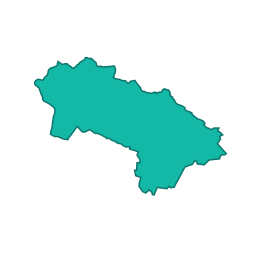 outline of Tarna Mare, Satu Mare, Romania, rotated 194°
{"feature_id": "2599482B73282248803185", "entity_name": "Tarna Mare", "entity_type": "district", "adm_level": 2, "iso_a3": "ROU", "parent_name": "Romania", "parent_adm1": "Satu Mare", "projection": "albers", "projection_center": [23.2, 48.086], "detail": "fine", "context": "isolated", "style": "filled", "palette": "teal", "viewbox_px": 256, "rotation_deg": 194, "n_neighbors": 0, "source": "geoboundaries", "source_scale": "gbopen_adm2", "svg_char_len": 5815}
<svg xmlns="http://www.w3.org/2000/svg" viewBox="0 0 256 256"><g transform="rotate(194 128 128)"><path d="M212.0,175.6L212.1,173.1L211.6,172.0L212.0,171.1L212.5,170.8L214.0,169.7L215.1,169.0L215.7,168.2L216.6,168.0L217.7,167.3L219.1,165.1L219.2,164.2L218.9,162.2L219.0,161.1L219.5,159.4L219.8,158.7L220.3,158.1L221.0,157.1L221.5,155.8L222.3,153.7L226.6,153.6L227.7,153.1L229.1,151.4L229.4,150.7L229.5,149.2L229.3,148.6L228.5,147.5L227.5,146.8L226.5,146.5L223.9,145.2L220.7,140.1L219.4,138.7L218.3,137.3L217.8,135.2L216.7,134.2L216.0,133.8L212.1,132.9L210.1,132.3L205.5,130.4L203.6,128.7L202.7,125.6L203.1,119.4L202.6,118.4L202.7,116.6L201.9,111.0L202.0,106.9L201.7,103.2L200.7,102.9L198.9,102.4L196.9,102.0L194.5,102.7L189.6,102.0L188.1,101.7L183.5,102.1L183.4,103.2L183.1,104.4L181.9,106.8L179.5,112.6L179.4,112.7L179.2,113.6L178.6,114.9L178.2,115.8L177.9,116.2L177.6,116.8L177.3,117.2L175.6,115.8L173.7,114.7L172.2,113.4L171.9,113.5L171.4,113.4L170.2,113.2L169.0,113.7L167.7,114.5L167.1,115.2L166.3,115.8L165.7,116.5L165.0,117.2L159.1,115.0L157.8,114.9L157.0,115.4L152.2,114.8L151.5,114.5L147.8,113.7L146.8,113.3L146.5,112.7L146.0,112.5L145.3,113.2L144.7,113.4L143.8,113.3L141.8,112.6L141.3,112.5L140.4,112.1L138.9,112.0L137.9,112.0L137.5,111.9L136.6,111.5L136.0,111.3L135.1,111.0L133.6,110.6L132.3,111.0L131.9,111.0L130.4,110.8L129.1,110.0L128.7,109.8L127.2,109.5L126.8,109.6L125.4,109.0L124.9,109.2L124.1,109.7L123.6,109.8L122.1,109.8L121.3,109.9L121.4,108.0L116.0,107.8L112.2,107.3L112.7,103.9L109.1,100.5L108.7,100.0L108.6,99.2L108.4,98.6L108.1,98.2L107.7,97.5L107.8,97.3L107.9,97.2L108.4,97.2L110.2,96.8L110.1,96.0L110.8,96.1L109.5,89.7L109.4,89.1L111.4,88.6L108.9,83.6L103.6,83.1L103.7,76.5L103.1,74.0L98.4,69.8L95.0,69.3L92.4,73.1L88.8,71.0L88.4,69.4L86.5,69.3L85.3,77.4L75.5,78.5L74.3,81.1L71.9,80.4L68.7,81.9L68.6,83.5L66.2,92.5L63.4,103.8L59.5,106.6L57.0,108.0L55.1,112.4L53.4,112.3L52.0,109.8L45.1,110.8L41.6,116.5L36.2,118.6L35.3,118.9L34.7,118.9L33.9,119.4L32.0,120.2L31.7,120.2L31.9,121.1L32.1,121.5L31.5,122.4L31.3,123.1L31.3,123.3L31.5,123.8L31.4,124.2L31.0,124.5L30.4,124.6L29.9,124.8L28.1,125.3L27.6,125.5L27.2,125.9L26.5,126.9L33.4,131.6L34.4,132.3L37.5,134.4L37.5,134.6L37.2,135.2L37.1,135.5L36.1,138.2L35.5,139.8L37.2,141.9L34.5,144.2L36.2,144.6L36.3,144.8L36.1,145.3L36.1,145.5L36.3,145.6L37.0,145.8L37.3,145.9L38.0,146.2L39.3,146.6L40.4,147.0L40.4,147.4L40.0,148.4L40.2,148.5L40.0,148.8L39.9,149.2L39.9,150.0L42.6,149.2L44.5,148.8L45.2,148.2L46.0,147.1L46.7,146.9L47.1,146.6L47.6,146.8L49.1,147.1L49.6,147.2L50.2,147.1L50.6,147.4L51.1,147.3L51.3,147.3L52.8,147.9L54.1,148.5L54.9,149.0L55.6,149.7L55.6,149.8L54.6,150.4L54.4,150.7L54.6,151.3L56.0,152.5L56.9,153.0L61.0,153.7L62.2,153.5L62.6,153.7L67.2,155.7L69.6,157.0L69.5,157.8L70.3,157.9L70.2,158.2L72.5,158.7L72.6,158.4L74.1,158.7L75.1,158.7L75.6,158.8L75.6,159.0L77.7,159.9L77.6,161.4L78.1,161.5L79.0,162.0L79.9,162.3L80.9,162.4L81.1,162.5L81.5,162.7L81.9,162.6L82.3,162.7L83.1,162.7L83.5,162.8L84.0,162.6L84.3,162.9L84.8,162.8L85.3,162.9L85.7,163.1L86.3,163.2L86.7,163.4L87.1,163.5L87.7,164.1L88.4,164.5L88.5,164.6L88.6,164.9L88.7,165.1L89.2,165.4L89.3,165.5L89.4,165.9L89.7,166.1L89.8,166.4L89.9,166.6L90.7,166.8L91.1,167.2L91.5,167.5L92.0,167.9L92.1,168.4L92.4,168.9L92.8,168.7L92.9,168.8L93.3,169.0L93.8,169.3L94.1,169.1L94.3,169.1L94.6,169.7L95.1,170.0L95.0,170.3L95.5,170.7L95.6,171.0L95.8,171.3L95.7,171.4L95.7,171.8L95.5,172.0L95.8,172.1L96.0,172.1L96.1,172.4L96.3,172.8L96.3,173.1L96.5,173.4L96.7,173.8L96.9,173.9L97.6,174.0L97.8,174.3L98.1,174.4L98.3,174.7L98.7,174.5L99.7,174.6L100.1,174.3L100.5,174.6L101.0,174.6L101.5,174.9L102.0,174.7L102.5,174.7L102.7,174.0L102.8,174.0L103.3,173.7L103.6,173.3L103.7,172.9L103.7,172.6L103.7,172.4L104.0,171.8L104.2,171.3L104.5,170.9L104.7,170.7L105.1,170.6L106.1,170.5L106.5,170.2L107.1,170.0L107.4,169.4L107.7,169.1L108.0,168.6L108.2,168.9L108.5,168.9L109.3,169.2L109.5,169.0L109.4,168.8L109.4,168.6L109.6,168.5L109.8,168.8L110.2,169.1L110.3,169.2L110.7,169.2L111.0,169.2L111.5,168.9L111.8,168.7L112.0,168.3L112.5,168.0L112.8,167.6L113.3,167.4L114.1,167.3L114.7,167.2L115.2,167.3L116.5,167.0L117.9,167.1L119.4,166.8L120.0,166.9L120.5,167.3L120.9,167.5L121.3,167.5L122.1,167.1L122.5,167.1L123.4,167.4L123.9,167.7L124.5,168.3L125.4,169.8L125.9,170.3L126.7,171.0L127.7,171.6L129.2,172.7L129.7,173.0L130.4,173.5L131.8,174.8L132.7,175.7L132.9,175.8L133.4,175.6L135.1,174.7L136.7,174.1L137.2,173.4L137.6,172.5L137.9,172.1L138.5,171.8L138.9,171.6L139.7,171.8L140.2,171.9L141.2,172.6L141.7,173.1L142.2,173.2L145.3,172.6L145.7,172.7L147.2,173.0L148.4,173.1L148.8,173.2L149.4,172.9L150.0,172.8L151.3,172.8L153.0,172.9L153.6,173.4L154.6,173.7L154.4,174.1L154.3,174.4L154.3,176.1L154.1,177.3L154.0,178.4L153.9,179.0L154.0,180.5L154.1,181.0L154.3,181.8L154.4,182.1L154.9,182.9L156.2,184.7L156.8,184.7L158.5,184.2L159.4,183.7L159.6,183.5L159.7,183.4L161.6,183.1L162.3,182.8L162.7,182.4L163.1,182.2L163.7,182.2L165.0,181.9L167.1,181.1L167.7,181.1L168.6,181.4L169.3,181.4L170.7,180.6L170.8,180.5L171.3,180.5L172.2,180.7L173.5,180.8L174.5,183.0L174.9,183.6L176.1,184.4L177.4,184.9L178.0,185.4L179.2,185.9L179.7,186.1L180.2,186.6L180.4,186.7L181.0,186.6L181.2,186.1L182.8,186.0L183.7,186.0L183.8,186.2L184.8,186.3L185.6,186.2L186.5,185.8L186.5,185.4L186.5,185.0L186.5,184.6L186.6,184.1L186.8,183.7L187.4,183.3L188.2,182.5L189.1,181.4L189.9,180.7L190.6,179.9L190.8,179.3L190.9,179.1L190.9,178.9L190.9,178.5L191.3,178.1L191.6,177.7L192.4,177.2L192.7,176.9L193.2,175.7L193.4,175.5L193.4,174.9L194.4,174.2L194.5,173.6L194.6,173.4L194.8,173.2L195.1,173.1L195.6,172.9L196.3,172.9L197.4,173.1L197.8,173.4L198.3,173.8L199.1,173.9L200.4,174.4L202.3,175.3L202.4,175.5L203.4,175.4L203.9,175.4L204.3,175.2L204.6,175.1L204.7,174.9L207.4,173.8L212.0,175.6Z" fill="#14b8a6" stroke="#0f766e" stroke-width="1.5"/></g></svg>